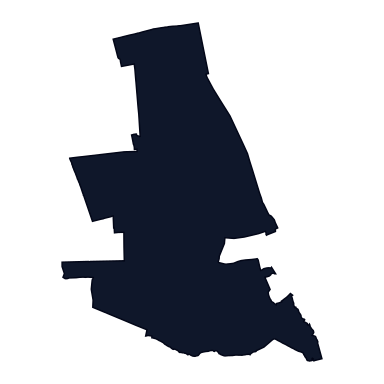 Marasesti, Vrancea, Romania (orthographic projection)
{"feature_id": "2599482B85987825667227", "entity_name": "Marasesti", "entity_type": "district", "adm_level": 2, "iso_a3": "ROU", "parent_name": "Romania", "parent_adm1": "Vrancea", "projection": "orthographic", "projection_center": [27.242, 45.901], "detail": "fine", "context": "isolated", "style": "filled", "palette": "ink", "viewbox_px": 384, "rotation_deg": 0, "n_neighbors": 0, "source": "geoboundaries", "source_scale": "gbopen_adm2", "svg_char_len": 5930}
<svg xmlns="http://www.w3.org/2000/svg" viewBox="0 0 384 384"><path d="M152.4,337.8L156.1,338.8L157.8,339.7L159.4,340.7L160.2,340.9L161.5,341.7L161.8,341.8L162.1,342.0L162.3,342.2L163.2,342.6L164.8,344.2L165.8,344.8L166.3,344.9L166.5,345.2L166.8,345.5L167.3,345.7L168.0,346.2L168.7,346.5L169.0,346.7L170.3,347.1L170.9,347.6L171.3,348.2L171.8,348.5L172.0,348.6L172.5,349.0L173.1,349.3L173.6,349.3L174.0,349.1L174.4,349.1L176.2,349.7L176.9,350.2L177.5,350.4L178.2,350.9L178.6,351.5L179.5,352.4L180.8,352.4L181.1,352.4L181.2,352.5L181.8,352.5L182.1,352.7L182.5,352.8L183.6,352.8L185.0,353.3L185.7,353.3L186.4,353.7L187.3,354.4L187.8,354.8L188.0,354.8L188.7,354.2L189.5,354.3L190.7,355.1L191.2,355.4L191.8,355.5L192.2,355.9L193.1,356.1L194.9,356.3L196.1,356.0L196.9,355.6L197.6,355.7L198.2,355.4L198.3,355.2L199.0,354.5L199.7,353.4L201.4,352.4L203.6,351.9L205.8,351.5L208.2,351.3L210.2,350.6L211.0,350.6L211.5,350.5L212.3,350.4L213.1,350.6L213.7,351.2L214.5,351.4L215.0,350.9L215.3,350.7L216.3,350.7L216.6,350.8L217.1,351.1L218.3,352.3L218.6,352.8L219.1,353.7L219.6,353.8L220.7,354.5L221.4,354.8L223.8,355.7L225.0,355.9L226.2,355.8L228.1,355.6L232.4,355.5L235.9,355.0L238.3,355.1L239.9,355.1L242.1,355.2L242.9,355.0L245.3,354.7L246.4,354.4L248.8,354.3L249.3,354.3L250.0,354.7L250.1,354.4L250.5,354.1L250.8,353.7L251.1,353.4L251.4,353.2L252.9,352.2L253.5,351.9L255.6,351.6L256.0,351.4L256.5,350.6L263.9,347.1L272.4,339.8L273.5,339.1L274.2,338.9L274.7,338.9L275.7,339.2L278.1,340.6L280.2,341.6L283.1,343.3L283.6,343.5L285.9,344.6L288.1,345.9L289.2,346.4L292.0,348.0L293.3,348.5L295.1,349.6L297.6,350.8L298.4,351.2L300.9,351.9L302.4,352.5L303.1,353.1L303.5,353.7L303.8,354.7L304.1,355.1L304.6,355.4L304.7,355.7L304.9,356.6L305.1,356.9L305.8,357.6L306.5,358.9L307.0,360.1L307.2,360.3L307.7,360.6L308.7,360.7L309.3,361.0L310.1,360.9L310.7,360.7L311.3,360.7L311.7,360.4L312.0,359.2L312.1,358.5L312.2,358.3L312.4,358.2L313.3,358.7L313.4,358.9L313.4,359.1L313.0,359.2L312.8,359.4L312.7,359.6L312.7,360.1L313.0,360.5L313.6,360.8L314.4,360.7L315.1,360.4L321.9,358.7L317.9,344.1L317.6,343.4L317.8,341.7L317.5,341.0L317.3,340.4L317.0,339.8L316.5,339.2L316.0,337.7L315.5,336.5L314.1,335.9L312.1,335.5L312.3,335.1L313.7,332.6L313.7,332.2L313.4,330.9L313.1,330.4L311.8,329.1L310.1,326.5L309.9,325.1L309.4,324.1L308.9,324.9L308.4,325.2L308.0,324.9L307.4,324.7L307.4,323.9L307.2,323.4L306.2,322.9L305.7,322.5L303.7,321.7L304.0,320.8L304.7,319.8L304.1,319.1L303.8,319.0L303.4,319.2L301.9,318.3L301.5,317.6L301.0,316.5L301.0,315.6L300.8,315.1L300.5,314.5L299.0,312.4L298.0,309.4L296.2,308.2L295.7,307.1L294.6,307.6L294.3,306.5L293.3,304.3L293.8,304.0L293.6,303.1L293.5,302.6L293.2,302.0L292.8,300.7L292.6,300.0L292.2,298.0L291.4,296.5L291.5,296.2L292.6,295.2L290.4,293.5L288.5,295.5L286.5,297.4L283.9,299.3L282.7,300.3L281.4,301.2L281.7,301.9L281.6,302.0L278.7,303.0L276.6,303.5L276.2,304.8L274.2,303.5L273.4,302.6L272.7,302.3L271.4,301.4L271.0,300.2L270.2,299.1L269.4,297.4L269.1,296.6L268.5,294.8L268.4,294.0L268.2,292.5L268.3,292.1L268.5,291.7L270.1,289.4L269.9,289.0L264.9,277.3L267.9,276.5L269.3,276.0L270.7,274.8L271.1,274.0L271.7,273.5L272.0,273.4L273.6,273.1L273.9,273.2L274.3,273.7L274.6,273.8L275.6,273.8L271.5,267.3L271.2,267.8L270.6,268.0L268.7,267.8L266.7,268.0L263.8,268.7L261.9,270.0L260.8,270.5L260.6,270.2L259.7,266.9L258.2,260.2L258.0,259.7L257.2,258.7L255.8,259.0L251.7,259.5L245.4,260.0L241.1,260.6L237.7,261.6L233.9,263.2L233.0,263.4L229.1,263.9L227.6,264.0L226.4,264.2L224.9,264.1L218.9,262.6L218.5,262.3L218.4,262.1L218.3,261.8L218.4,261.1L219.1,258.8L219.3,256.1L224.4,243.5L224.9,237.7L234.0,238.4L244.3,237.0L258.6,233.6L265.4,231.3L266.1,232.9L266.1,233.3L266.0,234.3L266.3,234.9L266.6,235.2L266.9,234.9L275.4,231.5L275.5,231.2L275.5,230.9L275.2,230.0L275.2,229.6L275.3,229.3L275.8,228.8L276.6,228.5L277.7,227.9L275.2,222.5L274.5,220.4L274.2,219.7L271.9,216.9L270.9,215.9L270.7,215.7L269.7,215.4L268.8,214.7L267.3,211.8L266.6,210.2L263.8,204.4L262.6,202.6L262.3,201.8L261.9,200.2L261.3,198.0L259.5,193.0L252.3,169.5L249.7,161.3L247.5,153.7L243.4,144.7L230.0,116.0L219.6,99.4L213.2,89.0L207.3,78.0L206.7,76.6L205.9,74.2L207.6,73.8L208.4,73.6L198.2,23.0L180.7,25.7L178.6,25.8L176.7,26.1L172.3,26.3L168.5,26.7L167.9,26.8L167.8,27.2L167.7,27.2L166.0,27.3L166.0,27.1L165.0,27.2L165.0,27.3L161.1,27.8L155.7,28.7L153.3,29.0L151.9,29.5L141.9,32.1L138.7,33.1L138.0,33.1L134.4,34.1L129.7,35.1L113.2,39.2L116.1,50.2L116.8,52.9L117.0,53.7L117.3,55.0L117.5,55.6L118.0,57.5L118.3,57.8L118.5,58.4L118.6,58.5L119.4,58.6L119.8,59.1L120.3,59.9L120.5,61.7L121.5,66.4L134.2,64.0L134.9,69.0L135.6,77.8L136.0,82.1L138.1,107.3L138.8,114.4L139.5,125.7L140.2,136.4L139.8,136.5L139.5,136.4L138.4,136.0L137.3,135.8L137.2,135.5L136.5,135.2L136.4,134.1L135.7,134.1L133.5,134.4L133.0,134.6L131.6,135.0L132.1,137.3L133.3,143.5L133.3,143.9L133.9,145.2L134.3,147.2L134.4,149.4L137.0,149.2L137.1,151.5L125.5,151.8L123.8,151.9L82.6,156.7L78.6,157.1L69.7,158.2L69.7,158.5L70.7,160.8L71.7,162.8L71.8,163.2L71.8,164.0L72.5,165.6L72.9,167.1L73.1,167.8L73.6,168.5L73.9,169.7L75.0,172.3L75.5,173.0L75.5,173.5L76.9,177.1L77.5,179.1L77.8,179.4L79.1,182.7L79.4,183.0L79.9,184.9L80.7,186.8L82.5,192.3L83.5,195.0L83.4,195.3L83.8,195.7L84.0,196.4L92.5,221.3L100.8,219.2L102.4,218.9L103.1,218.8L103.2,218.7L104.6,218.2L110.8,216.7L111.6,216.4L112.0,216.1L113.2,216.0L113.7,228.0L114.2,228.0L114.5,232.8L118.3,232.4L121.9,232.3L123.9,232.3L124.0,246.5L124.3,260.8L90.4,261.5L89.7,261.7L89.0,261.7L88.4,261.5L62.1,262.2L62.1,266.6L64.4,273.6L63.0,277.3L65.1,278.6L66.0,278.7L67.7,278.5L68.9,278.0L69.8,277.9L76.1,277.7L79.3,277.3L83.0,277.1L85.6,277.3L87.3,277.1L88.3,277.1L93.3,277.5L93.2,278.3L93.0,278.7L92.5,279.4L92.2,280.0L91.3,289.1L91.4,290.0L93.0,299.4L93.1,300.5L92.8,307.3L124.8,320.6L135.7,325.2L146.8,329.7L147.0,329.8L145.7,336.0L146.4,335.9L147.3,335.6L148.4,335.5L151.9,336.0L151.9,337.8L152.4,337.8Z" fill="#0f172a" stroke="#020617" stroke-width="1.5"/></svg>